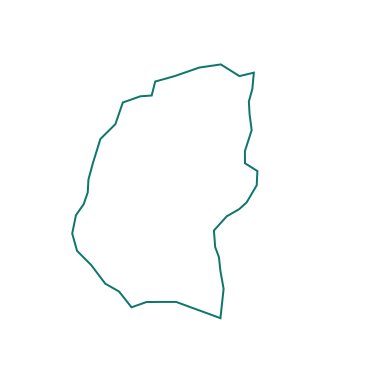 Linou, Nicosia, Cyprus, rotated 138°
{"feature_id": "46923920B61720062034579", "entity_name": "Linou", "entity_type": "district", "adm_level": 2, "iso_a3": "CYP", "parent_name": "Cyprus", "parent_adm1": "Nicosia", "projection": "albers", "projection_center": [32.903, 35.079], "detail": "fine", "context": "isolated", "style": "outline", "palette": "teal", "viewbox_px": 384, "rotation_deg": 138, "n_neighbors": 0, "source": "geoboundaries", "source_scale": "gbopen_adm2", "svg_char_len": 661}
<svg xmlns="http://www.w3.org/2000/svg" viewBox="0 0 384 384"><g transform="rotate(138 192 192)"><path d="M233.3,98.9L223.6,114.5L215.6,125.5L211.6,135.6L201.5,148.7L182.5,150.7L168.4,147.7L158.4,147.7L139.4,153.7L129.4,163.8L133.4,177.9L125.3,187.0L106.3,198.0L97.3,211.1L89.2,221.2L78.2,228.2L66.2,239.3L79.2,246.4L85.2,267.5L103.3,279.6L127.3,289.7L145.4,298.7L157.4,290.7L166.4,297.7L183.5,304.8L203.5,293.7L224.6,292.7L246.6,279.6L260.7,270.5L269.7,261.5L280.7,255.4L293.8,252.4L308.8,241.3L316.8,225.2L315.8,205.1L317.8,181.9L312.8,166.8L314.1,146.8L299.4,140.7L277.4,121.0L255.3,79.2L233.3,98.9Z" fill="none" stroke="#0f766e" stroke-width="2"/></g></svg>